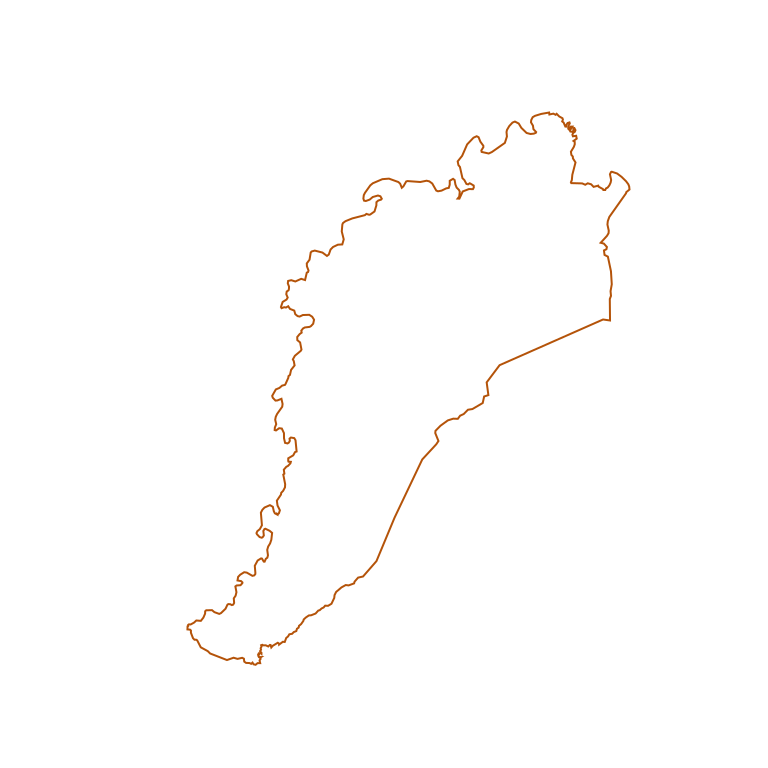 outline of Indenie-Djuablin, Comoe, Ivory Coast, rotated 38°
{"feature_id": "98640826B87987908031267", "entity_name": "Indenie-Djuablin", "entity_type": "district", "adm_level": 2, "iso_a3": "CIV", "parent_name": "Ivory Coast", "parent_adm1": "Comoe", "projection": "robinson", "projection_center": [-3.502, 6.624], "detail": "fine", "context": "isolated", "style": "outline", "palette": "amber", "viewbox_px": 768, "rotation_deg": 38, "n_neighbors": 0, "source": "geoboundaries", "source_scale": "gbopen_adm2", "svg_char_len": 6082}
<svg xmlns="http://www.w3.org/2000/svg" viewBox="0 0 768 768"><g transform="rotate(38 384 384)"><path d="M357.3,65.3L353.7,64.8L353.5,66.2L351.0,66.7L348.4,69.8L347.0,68.4L341.6,74.4L337.9,79.7L336.9,82.2L337.5,85.3L338.7,87.3L342.3,88.7L344.9,91.2L348.8,91.8L349.0,92.6L347.9,94.5L345.5,96.8L341.8,98.4L334.5,97.6L329.8,95.8L325.6,96.6L324.3,98.9L323.9,103.6L324.5,108.1L325.4,110.0L328.5,113.3L330.8,119.6L326.2,134.8L324.6,137.9L318.1,141.0L316.9,140.0L316.5,136.2L315.6,135.1L310.7,133.7L306.6,131.3L304.5,131.7L302.9,134.8L302.0,144.0L305.1,156.1L305.0,163.2L307.9,165.7L310.2,166.2L319.1,173.5L321.7,173.8L325.8,175.6L327.4,174.9L327.9,173.1L328.5,172.9L332.5,172.4L333.8,173.9L334.1,175.7L330.9,178.1L327.5,183.8L329.3,191.5L327.9,192.5L327.9,190.0L325.3,185.8L323.5,184.9L320.3,184.5L317.4,182.8L314.1,179.8L312.1,179.8L310.7,183.4L313.1,186.5L314.3,189.6L312.6,191.5L310.3,196.2L307.9,198.9L306.1,199.4L298.6,196.3L295.0,196.4L292.4,197.6L288.2,202.5L277.6,209.6L276.8,210.7L277.6,216.3L277.2,218.4L273.4,216.2L271.0,216.0L261.5,219.1L256.6,223.6L251.6,232.7L250.9,235.9L251.3,245.0L251.8,247.6L253.6,250.6L255.4,251.8L257.0,251.0L259.2,247.5L260.0,243.6L263.2,239.2L265.6,238.3L268.2,239.4L268.2,240.5L266.5,243.0L266.1,245.4L268.0,247.9L270.3,253.9L268.8,258.9L268.1,259.8L265.4,260.8L265.0,262.7L257.1,273.0L253.4,279.4L252.6,282.3L252.9,283.8L256.8,289.8L263.2,294.8L265.2,299.7L261.9,302.6L259.5,307.4L259.1,310.9L260.8,316.0L260.2,318.2L254.6,318.3L247.3,321.5L245.4,324.1L245.3,325.5L248.8,331.9L248.9,336.5L250.8,338.7L254.6,341.0L255.2,342.5L254.6,343.8L257.8,350.7L254.0,352.1L251.0,357.8L247.0,359.3L245.0,361.8L246.2,363.9L249.2,365.7L250.6,367.7L251.1,369.0L250.4,371.0L251.7,373.4L254.9,375.2L255.2,377.5L253.6,381.7L255.4,386.8L256.6,387.3L258.1,384.9L259.7,384.1L260.6,381.7L263.7,382.7L268.1,381.4L271.1,383.6L274.1,383.7L276.0,382.8L277.6,379.6L282.5,375.5L286.0,375.2L289.3,376.4L291.1,380.1L290.8,383.4L290.2,384.8L286.8,388.2L286.0,390.1L286.0,392.9L287.5,394.2L286.8,396.6L286.7,400.4L288.7,402.8L292.3,402.9L297.8,407.7L298.0,409.1L296.4,416.6L297.0,420.7L298.8,421.5L302.1,424.4L302.1,430.1L304.3,434.7L303.9,436.6L304.8,438.1L306.4,444.6L306.5,445.7L304.7,448.0L304.0,451.5L302.1,454.9L303.2,462.2L304.8,463.3L308.7,463.9L310.1,462.6L312.3,458.8L316.4,462.2L317.8,464.6L318.2,473.4L318.9,476.5L320.3,479.2L323.8,482.0L324.8,485.5L326.2,487.6L327.5,487.1L328.6,483.4L330.9,482.0L335.4,484.3L338.6,488.3L342.3,491.3L344.6,490.2L345.1,488.7L344.8,486.8L343.2,485.2L343.6,483.5L346.6,481.9L348.9,482.8L356.7,491.0L355.8,492.5L356.4,496.1L354.3,501.5L355.9,503.6L356.6,504.0L358.5,502.7L359.1,504.1L358.8,507.6L358.0,509.4L357.8,513.2L360.7,516.0L360.4,517.4L367.8,523.8L369.6,526.4L370.3,530.3L370.0,533.0L370.9,534.6L371.4,541.9L374.9,545.3L379.7,547.6L380.8,550.6L380.6,551.8L379.8,552.0L380.4,552.6L377.6,553.1L375.5,552.1L372.0,549.2L368.7,549.7L365.9,554.9L365.6,558.0L366.2,561.2L374.8,570.5L375.5,574.8L374.8,578.0L375.3,580.0L376.3,580.6L380.2,581.2L382.3,580.4L382.7,579.5L382.6,577.4L379.4,574.1L379.1,571.9L379.6,571.1L384.2,570.1L387.5,570.2L391.1,576.1L392.4,579.8L392.8,583.4L394.1,586.6L398.0,590.4L399.0,592.7L398.5,594.5L399.3,597.5L398.6,598.0L395.3,596.7L394.5,597.1L393.1,600.9L394.1,606.8L398.9,612.0L399.6,613.0L399.6,614.7L398.4,616.2L392.0,617.1L389.7,618.4L388.1,622.8L387.8,625.8L389.5,629.0L392.8,627.3L394.6,627.5L395.0,628.2L394.8,630.9L391.9,633.5L391.5,635.0L395.9,638.9L397.4,642.2L397.6,645.4L400.7,648.8L401.0,650.7L400.2,651.9L398.4,652.2L396.8,653.3L396.5,654.3L397.5,658.7L396.6,664.9L395.7,666.6L390.8,668.2L387.7,668.1L383.2,671.8L383.0,673.2L384.4,675.1L385.5,679.3L385.5,683.4L381.7,685.9L381.2,689.0L379.7,692.5L378.2,693.6L378.0,694.5L378.7,695.3L378.4,695.9L380.2,698.4L382.4,697.0L383.6,697.1L385.0,698.9L390.0,701.9L392.1,702.2L393.3,701.2L394.6,701.0L401.7,704.3L409.6,703.0L412.9,703.4L430.2,698.2L434.0,692.3L437.8,690.8L440.8,687.1L442.7,686.7L444.8,688.8L447.0,688.7L449.8,686.7L451.6,686.3L451.9,684.5L453.8,685.2L455.7,684.3L456.2,681.8L458.3,680.2L456.1,678.4L456.0,676.6L454.9,676.1L455.3,674.8L453.6,676.2L452.3,675.6L452.1,674.2L451.4,674.5L451.1,673.3L452.7,671.9L453.5,672.0L453.0,671.3L450.8,670.8L450.7,669.1L449.5,668.2L449.1,666.2L448.0,665.5L448.7,664.4L449.7,664.3L451.7,662.7L454.4,662.1L454.7,659.9L455.3,659.5L457.4,661.0L457.5,658.8L459.6,653.3L461.2,653.2L461.8,653.9L463.0,649.4L464.6,648.4L463.3,644.3L463.8,642.1L463.5,639.5L465.4,637.4L465.6,635.1L467.0,632.7L466.1,630.5L466.7,628.5L465.9,626.9L466.5,624.3L466.3,620.3L465.7,619.0L466.2,616.0L467.3,612.6L468.9,611.2L471.4,607.0L471.7,603.0L472.6,601.8L473.0,599.3L474.0,597.3L474.1,594.9L476.5,593.2L477.9,589.5L476.5,583.2L475.0,580.8L474.3,577.3L475.7,570.5L477.6,566.0L480.1,564.5L483.2,559.5L482.5,557.9L482.8,552.5L486.0,548.6L487.1,528.2L474.6,482.8L460.6,419.9L462.3,399.3L462.0,395.4L454.6,391.1L453.4,389.2L454.2,382.1L456.7,373.4L459.9,368.7L463.6,366.0L463.5,362.1L465.3,358.6L466.0,352.6L469.1,349.3L473.5,338.2L470.6,332.2L473.1,328.5L463.9,319.5L463.5,298.0L516.9,198.3L523.0,194.8L509.6,178.0L508.6,174.8L505.4,171.4L502.1,165.2L493.4,155.4L482.0,145.8L478.3,146.5L475.1,143.3L476.3,140.9L475.3,138.8L470.8,138.0L467.8,139.3L468.5,129.9L468.1,126.9L466.7,124.8L461.9,120.8L460.1,117.9L458.7,113.6L457.3,84.7L456.8,83.7L457.7,79.6L455.6,77.4L453.6,76.2L449.9,75.2L443.7,74.5L438.1,74.6L432.8,76.5L432.4,77.2L432.9,79.6L437.4,83.4L438.6,85.8L439.3,88.8L439.3,91.5L438.5,93.3L438.9,94.9L437.4,96.1L436.5,95.6L431.6,96.4L430.7,95.8L427.8,99.6L424.3,99.1L421.0,100.4L419.9,103.1L416.7,103.9L407.9,110.4L407.1,110.0L406.5,107.7L403.6,103.2L398.5,91.5L394.0,89.9L392.7,88.5L390.6,88.1L388.3,85.9L387.6,80.2L386.7,77.6L385.1,75.7L383.7,75.8L384.8,72.0L382.6,70.1L380.4,72.5L379.0,71.6L378.5,69.8L379.1,67.8L378.6,66.1L376.4,65.1L375.9,65.6L377.5,68.5L377.3,69.3L375.4,70.3L374.4,69.8L374.0,65.2L372.7,66.2L372.6,69.5L372.0,69.4L370.5,67.1L369.9,64.2L369.1,63.7L368.0,65.3L368.2,67.7L369.1,69.0L368.4,69.5L364.6,67.4L362.8,67.4L362.2,65.5L361.0,64.7L357.3,65.3Z" fill="none" stroke="#b45309" stroke-width="2"/></g></svg>